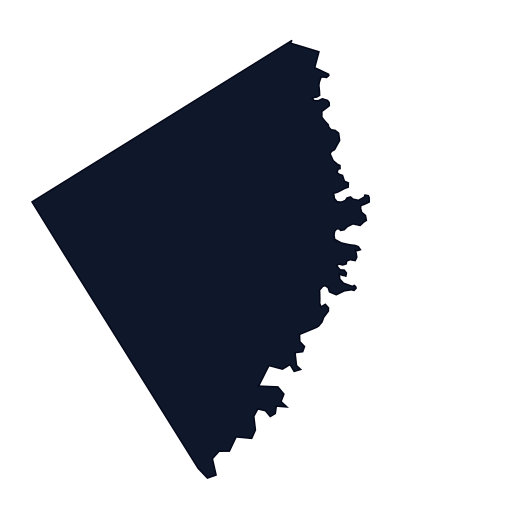 the district of San Saba, Texas, United States of America, rotated 58°
{"feature_id": "52423323B43547858448152", "entity_name": "San Saba", "entity_type": "district", "adm_level": 2, "iso_a3": "USA", "parent_name": "United States of America", "parent_adm1": "Texas", "projection": "mercator", "projection_center": [-98.711, 31.206], "detail": "fine", "context": "isolated", "style": "filled", "palette": "ink", "viewbox_px": 512, "rotation_deg": 58, "n_neighbors": 0, "source": "geoboundaries", "source_scale": "gbopen_adm2", "svg_char_len": 2202}
<svg xmlns="http://www.w3.org/2000/svg" viewBox="0 0 512 512"><g transform="rotate(58 256 256)"><path d="M92.2,111.2L91.4,406.5L91.4,417.3L153.4,417.6L405.5,417.6L418.6,414.9L420.6,405.9L404.8,400.4L402.0,390.8L407.4,382.0L398.9,368.7L408.4,356.3L403.3,348.7L390.8,342.8L386.7,335.5L392.2,330.0L399.7,329.0L399.8,323.1L394.1,318.3L400.4,309.8L392.7,311.9L387.9,305.5L378.6,306.8L367.7,322.7L355.8,303.1L366.0,293.5L366.1,284.7L374.1,284.8L375.9,278.2L370.4,279.7L358.7,274.1L361.9,267.1L358.5,262.8L351.8,264.2L345.6,260.6L348.6,242.3L348.6,240.1L346.9,234.9L343.9,231.1L341.1,223.8L338.4,222.0L333.7,222.8L333.6,226.4L333.5,227.9L329.8,227.0L325.9,224.4L321.0,221.5L318.6,220.2L317.1,215.4L317.8,213.1L321.1,211.6L325.4,212.7L331.4,208.5L332.4,199.5L335.2,193.0L337.2,191.1L336.3,188.1L334.9,187.7L333.0,188.2L332.9,190.3L325.4,196.2L319.9,197.2L315.5,194.8L318.4,192.8L319.5,191.4L320.7,190.5L318.4,188.3L314.7,188.6L312.3,192.0L306.7,192.8L306.9,189.8L309.6,187.2L310.5,183.6L308.4,182.0L308.9,178.2L310.5,176.5L312.5,174.3L310.4,171.1L306.6,169.5L303.9,168.8L305.2,167.2L306.0,164.1L302.2,164.3L299.5,166.4L296.6,170.0L294.0,172.8L290.0,176.8L283.6,180.4L279.7,178.8L276.7,176.2L275.7,173.1L277.5,170.7L279.1,170.8L280.5,167.4L279.5,163.0L280.1,156.8L285.3,151.5L284.3,146.6L284.3,143.5L279.7,141.7L274.9,143.2L271.1,142.1L268.8,140.4L269.6,136.8L270.0,133.7L270.2,131.3L266.3,129.0L264.3,128.8L262.0,131.3L263.4,133.0L263.1,139.5L259.2,143.6L256.0,144.5L255.0,147.9L256.3,151.0L255.5,155.1L252.9,158.5L248.7,159.0L245.9,157.7L243.6,157.0L244.5,155.4L245.2,152.3L245.7,145.1L246.5,141.3L242.9,138.9L239.5,141.4L233.5,139.9L231.0,142.0L228.2,143.1L225.8,140.2L226.5,138.4L223.7,136.8L221.5,138.3L216.0,140.0L210.0,139.2L208.4,138.8L207.3,136.5L207.5,133.1L202.3,123.8L195.6,120.8L191.4,122.3L188.7,125.4L185.3,126.0L182.9,125.2L178.1,126.1L173.2,126.6L168.3,123.5L167.7,116.9L167.4,114.2L164.6,112.6L161.9,112.9L157.8,116.4L157.3,120.9L155.1,124.3L152.0,124.8L152.4,122.5L153.4,120.2L153.5,116.9L149.8,114.8L144.5,112.2L142.0,110.0L138.8,106.0L140.2,103.6L142.0,101.6L141.6,98.6L140.3,98.1L127.4,106.4L116.2,94.4L93.7,114.0L92.2,111.2Z" fill="#0f172a" stroke="#020617" stroke-width="1.5"/></g></svg>